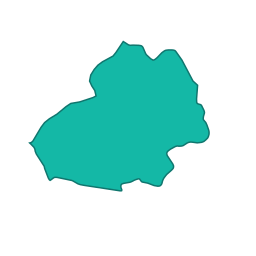 Kassérine, Natural Earth projection, rotated 39°
{"feature_id": "TUN-110", "entity_name": "Kassérine", "entity_type": "Governorate", "adm_level": 1, "iso_a3": "TUN", "parent_name": "Tunisia", "parent_adm1": "", "projection": "natural_earth1", "projection_center": [8.892, 35.211], "detail": "fine", "context": "isolated", "style": "filled", "palette": "teal", "viewbox_px": 256, "rotation_deg": 39, "n_neighbors": 0, "source": "natural_earth", "source_scale": "10m", "svg_char_len": 2203}
<svg xmlns="http://www.w3.org/2000/svg" viewBox="0 0 256 256"><g transform="rotate(39 128 128)"><path d="M61.0,201.5L62.0,200.1L62.3,197.9L60.0,182.1L59.8,176.3L61.1,170.3L64.1,161.9L66.4,150.4L68.1,144.9L74.0,138.2L81.7,126.3L83.0,123.2L78.6,119.8L73.4,118.1L68.6,115.7L65.7,110.2L64.9,103.7L65.1,98.0L66.5,92.6L71.1,81.5L71.1,76.9L69.9,63.8L72.2,63.5L76.0,63.1L77.6,62.4L79.8,60.4L84.3,57.0L85.8,56.1L86.8,55.7L88.0,55.7L88.6,55.9L89.2,56.1L94.7,59.0L96.1,59.5L102.0,59.9L104.7,59.5L105.1,59.1L105.7,58.0L106.0,57.0L106.4,54.9L106.9,48.5L107.2,47.2L107.6,45.7L108.1,44.4L108.4,43.9L109.2,43.0L110.4,41.8L113.3,39.5L114.6,38.7L115.7,38.3L116.9,38.4L127.2,41.3L148.9,50.6L155.2,51.0L163.0,62.3L165.4,65.0L165.9,65.2L166.4,65.2L167.0,65.2L167.6,65.1L169.3,64.3L169.9,64.2L170.4,64.1L170.9,64.2L175.9,66.5L177.1,67.3L177.9,68.1L179.4,71.6L180.4,73.2L181.1,73.9L181.8,74.2L185.0,74.8L187.6,76.1L192.1,78.9L193.2,79.8L194.1,80.8L194.9,81.9L195.7,83.7L196.0,84.7L196.2,85.8L195.9,88.5L195.4,90.8L194.9,91.7L194.3,92.7L192.8,94.3L191.1,96.0L186.8,98.6L185.5,99.5L184.4,100.7L183.9,101.5L183.4,102.5L182.0,106.8L181.5,107.6L180.9,108.4L179.0,110.1L177.7,110.9L177.0,111.7L176.3,112.9L174.3,117.8L173.7,120.2L173.6,120.8L173.6,121.3L173.6,122.0L173.7,122.5L173.9,123.0L174.1,123.3L174.5,123.8L175.5,124.5L176.0,124.8L185.5,127.8L186.8,128.5L187.4,128.9L187.8,129.5L188.2,130.1L188.4,130.7L188.5,131.4L188.4,133.1L187.3,139.7L187.3,141.6L187.4,144.3L187.7,145.9L188.2,147.5L189.3,149.9L189.4,150.4L189.5,150.8L189.5,151.2L189.5,151.8L189.4,152.3L189.2,152.9L188.7,153.6L187.7,154.5L184.5,156.3L178.1,158.4L173.1,161.0L172.9,161.1L172.4,161.1L171.4,161.0L169.3,160.4L168.5,160.6L167.8,161.3L166.6,163.1L165.6,164.9L165.4,165.5L164.4,167.7L163.6,169.0L159.5,173.7L158.7,175.0L158.3,175.9L158.5,176.6L158.7,177.2L159.1,177.8L159.6,178.3L160.1,178.8L161.9,179.8L162.3,180.2L162.5,180.8L161.4,181.8L130.3,200.0L126.6,202.0L124.2,202.9L118.5,203.8L117.4,204.1L104.4,210.8L103.1,211.6L102.0,212.6L101.7,213.2L101.5,213.7L100.8,216.6L100.4,217.7L99.3,217.7L97.5,217.0L88.7,211.9L87.0,210.5L73.1,205.9L70.6,204.5L69.0,203.1L67.2,202.2L62.6,201.6L61.0,201.5Z" fill="#14b8a6" stroke="#0f766e" stroke-width="1.5"/></g></svg>